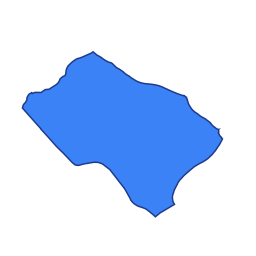 the district of Ahwar, Abyan, Yemen, rotated 231°
{"feature_id": "15242507B84026195338374", "entity_name": "Ahwar", "entity_type": "district", "adm_level": 2, "iso_a3": "YEM", "parent_name": "Yemen", "parent_adm1": "Abyan", "projection": "equal_earth", "projection_center": [46.668, 13.683], "detail": "fine", "context": "isolated", "style": "filled", "palette": "blue", "viewbox_px": 256, "rotation_deg": 231, "n_neighbors": 0, "source": "geoboundaries", "source_scale": "gbopen_adm2", "svg_char_len": 5527}
<svg xmlns="http://www.w3.org/2000/svg" viewBox="0 0 256 256"><g transform="rotate(231 128 128)"><path d="M60.2,194.7L60.5,194.7L61.2,194.5L61.9,194.5L62.1,194.5L62.3,194.7L62.6,194.5L64.9,194.6L65.3,194.7L65.6,194.9L66.0,194.9L66.6,195.0L67.1,195.2L67.5,195.3L67.7,195.6L67.7,195.8L67.7,196.1L68.0,196.2L68.3,196.4L68.7,196.6L68.9,196.8L69.2,196.8L69.3,196.9L69.7,197.3L69.9,197.3L69.9,197.5L70.1,197.2L70.4,197.1L70.8,196.8L71.5,196.5L72.1,196.3L72.5,196.1L73.0,196.1L73.6,195.9L74.1,195.8L75.0,195.6L75.8,195.4L76.8,195.2L77.1,195.2L77.3,195.2L77.6,195.2L77.8,195.3L78.0,195.3L78.2,195.2L78.7,195.2L79.7,195.0L79.8,195.1L79.9,195.3L80.2,195.2L81.5,195.1L82.0,194.9L82.7,194.7L82.9,194.7L83.1,194.6L83.7,194.6L83.9,194.4L84.4,194.3L84.7,194.2L85.0,194.0L85.3,194.0L85.6,194.0L85.9,194.1L86.0,194.1L86.1,193.9L86.5,193.7L87.0,193.6L87.4,193.4L87.7,193.3L88.1,193.2L88.6,193.0L88.9,192.8L89.1,192.8L89.3,192.6L90.6,192.1L91.8,191.8L92.2,191.6L92.8,191.4L93.1,191.4L94.1,191.2L94.4,191.1L95.0,191.1L95.8,190.8L97.1,190.4L97.4,190.3L97.8,190.2L98.2,190.0L98.3,190.0L98.5,190.0L98.8,189.8L99.0,189.9L99.6,189.8L100.4,189.6L100.6,189.6L100.9,189.5L101.1,189.5L101.8,189.4L101.9,189.5L102.1,189.5L102.5,189.4L102.8,189.5L103.4,189.5L104.2,189.6L105.2,189.6L105.7,189.8L106.6,189.8L108.1,190.1L109.1,190.4L109.3,190.5L109.5,190.5L110.0,190.7L110.2,190.8L110.8,191.1L111.3,191.2L111.7,191.4L112.6,191.8L113.2,192.1L114.0,192.3L114.3,192.4L114.6,192.4L115.1,192.4L115.2,192.6L115.3,192.5L115.5,192.5L116.7,192.2L117.3,191.9L117.5,191.9L117.6,192.0L117.7,191.8L117.9,191.8L118.1,191.5L118.3,191.5L118.3,191.4L118.5,191.3L119.2,190.7L121.0,189.6L122.1,188.9L122.3,188.8L122.7,188.5L123.3,188.2L123.8,187.8L124.1,187.7L124.3,187.5L124.5,187.5L124.9,187.2L125.1,187.2L125.6,186.9L126.2,186.5L127.1,186.1L127.8,185.7L128.7,185.2L129.3,184.9L131.0,184.0L131.6,183.8L132.5,183.3L133.6,182.8L134.3,182.4L134.8,182.2L135.0,182.1L136.5,181.3L138.2,180.5L139.1,180.0L139.7,179.6L140.0,179.5L142.0,178.2L143.5,177.0L145.7,175.2L148.3,172.7L150.5,170.4L152.7,168.3L152.9,168.2L153.1,168.0L153.5,167.7L153.9,167.4L155.0,166.5L155.9,165.9L156.3,165.7L156.5,165.6L157.2,165.1L157.4,165.0L157.7,164.9L158.8,164.3L159.8,163.9L160.7,163.6L161.7,163.2L162.3,163.0L162.5,162.9L162.9,162.8L163.5,162.6L164.2,162.4L164.8,162.1L165.2,162.0L165.7,161.9L166.0,161.8L166.4,161.8L166.6,161.7L167.2,161.6L167.6,161.6L167.8,161.5L168.1,161.2L168.7,161.1L168.8,161.0L169.2,160.9L169.6,160.7L170.1,160.6L170.6,160.4L171.1,160.3L172.0,160.0L172.6,159.9L174.3,159.7L174.7,159.6L175.9,159.3L177.2,158.9L179.2,158.3L181.2,157.4L181.5,157.4L182.2,157.1L182.6,157.0L183.5,156.9L184.1,156.8L186.8,156.5L187.0,156.5L187.9,156.4L188.4,156.2L188.9,156.1L189.5,155.8L189.9,155.5L190.3,155.1L190.6,154.9L190.9,154.8L192.0,154.1L193.0,153.7L193.8,153.4L194.5,153.0L195.1,152.8L195.4,152.7L195.5,152.7L196.2,152.5L196.7,152.3L197.2,152.2L198.4,151.8L198.9,151.8L199.8,151.5L200.8,151.2L201.9,150.7L202.3,150.6L202.7,150.4L203.2,150.2L203.6,150.0L204.2,149.8L204.8,149.6L205.2,149.6L205.6,149.5L205.9,149.4L206.3,149.3L207.3,149.2L207.8,149.0L209.2,148.8L209.3,146.7L210.9,140.8L211.7,137.8L211.9,137.1L212.2,136.2L212.8,134.3L213.7,132.6L214.2,130.4L214.3,129.0L214.4,127.6L214.4,126.5L214.4,125.1L214.2,123.0L214.0,120.8L213.5,119.3L212.9,118.1L212.4,117.1L211.2,115.7L209.0,113.4L208.5,112.3L208.4,111.8L209.0,109.8L209.0,108.1L208.8,105.9L208.1,104.8L207.4,103.2L207.0,101.8L206.9,100.3L206.9,99.0L207.4,95.0L207.8,91.2L208.1,90.5L208.6,89.9L209.2,88.9L210.0,87.8L210.0,86.9L210.1,86.0L210.3,82.8L214.2,78.2L215.0,75.4L216.1,75.4L216.2,74.4L216.6,72.2L215.3,68.8L213.4,66.9L212.5,64.7L212.1,62.2L211.6,60.7L210.6,59.5L210.0,58.5L182.0,59.8L181.9,59.6L171.8,60.2L164.7,60.5L158.5,60.8L149.0,61.9L136.5,62.9L132.5,63.7L130.1,65.9L127.8,71.2L122.8,80.0L120.0,83.2L116.5,85.4L115.9,85.6L107.1,87.7L82.9,87.2L71.8,85.3L70.0,84.7L69.4,84.8L68.9,84.8L68.4,84.8L67.8,84.8L67.4,84.8L66.8,85.0L66.2,85.0L65.6,85.1L65.0,85.2L64.4,85.4L63.9,85.5L63.5,85.7L63.0,85.9L62.5,86.0L61.9,86.3L61.5,86.4L61.1,86.6L60.6,86.9L60.1,87.1L59.6,87.5L59.2,87.8L58.7,88.1L58.5,88.3L58.3,88.4L57.9,88.6L57.4,88.9L57.0,89.2L56.6,89.5L56.1,89.7L55.7,90.0L55.2,90.2L54.7,90.5L54.3,90.7L53.8,90.9L53.4,91.1L52.9,91.2L52.4,91.4L51.9,91.5L51.4,91.6L50.9,91.7L50.3,91.8L49.8,92.0L49.3,92.1L48.8,92.2L48.3,92.2L47.9,92.3L47.4,92.4L47.0,92.5L46.5,92.6L46.0,92.8L45.5,92.9L45.1,92.9L44.6,93.0L44.0,93.1L43.5,93.1L43.0,93.2L42.6,93.3L42.1,93.4L41.8,93.4L41.8,99.7L39.4,116.0L39.5,116.0L40.0,116.2L40.6,116.2L41.1,116.4L41.5,116.4L42.0,116.5L42.4,116.7L42.9,116.8L43.3,117.1L43.8,117.3L44.2,117.6L44.7,117.8L45.1,118.1L45.5,118.5L46.0,118.8L46.4,119.1L46.8,119.4L47.1,119.8L47.5,120.2L47.9,120.7L48.2,121.2L48.5,121.7L48.8,122.2L49.1,122.7L49.4,123.1L49.8,123.6L50.1,124.1L50.3,124.6L50.7,125.0L50.9,125.6L51.2,126.1L51.4,126.6L51.6,127.2L51.9,127.8L52.2,128.3L52.4,128.9L52.7,129.5L52.9,130.0L53.1,130.6L53.9,132.0L54.9,135.1L55.9,142.2L56.2,151.2L56.2,155.4L55.4,161.0L54.5,165.2L54.1,168.5L54.0,171.6L54.1,172.2L54.1,172.8L54.2,173.5L54.2,174.2L54.3,174.8L54.3,175.5L54.4,176.1L54.4,176.8L54.6,177.4L54.7,178.0L54.9,178.6L55.0,179.3L55.1,179.9L55.2,180.5L55.3,181.1L55.5,181.7L55.6,182.3L55.8,182.9L56.0,183.5L56.2,184.1L56.3,184.6L56.7,185.8L56.9,186.3L57.1,187.0L57.2,187.6L57.3,187.8L57.5,188.6L57.7,189.1L57.9,189.6L58.0,189.8L58.2,190.3L58.4,190.8L58.7,191.4L58.9,191.9L59.0,192.2L59.1,192.5L59.3,193.0L59.6,193.5L59.9,194.0L60.0,194.4L60.2,194.7Z" fill="#3b82f6" stroke="#1e3a8a" stroke-width="1.5"/></g></svg>